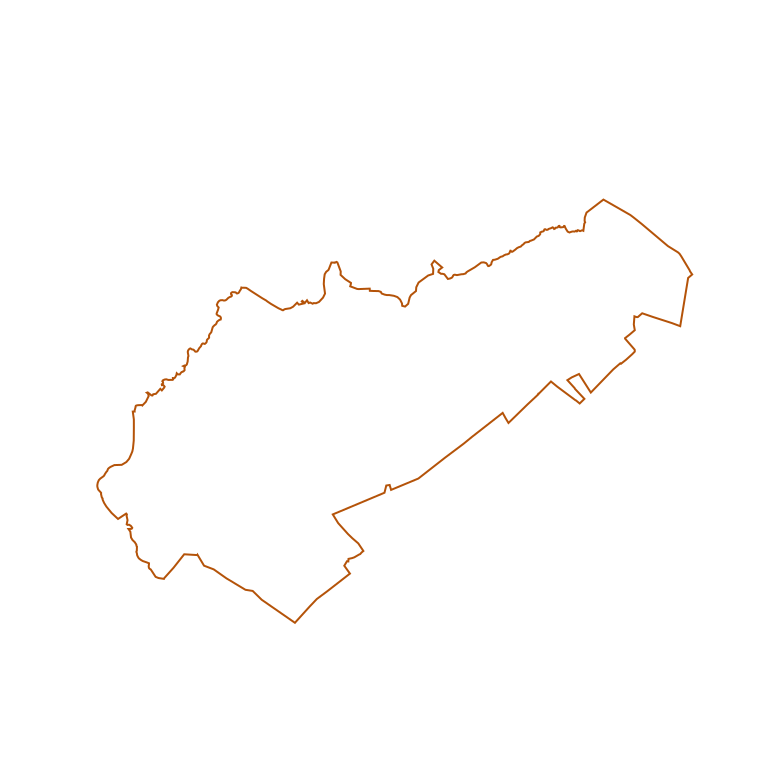 El Salto, Jalisco, Mexico, rotated 133°
{"feature_id": "50627088B25488559154572", "entity_name": "El Salto", "entity_type": "district", "adm_level": 2, "iso_a3": "MEX", "parent_name": "Mexico", "parent_adm1": "Jalisco", "projection": "orthographic", "projection_center": [-103.259, 20.539], "detail": "fine", "context": "isolated", "style": "outline", "palette": "amber", "viewbox_px": 768, "rotation_deg": 133, "n_neighbors": 0, "source": "geoboundaries", "source_scale": "gbopen_adm2", "svg_char_len": 6154}
<svg xmlns="http://www.w3.org/2000/svg" viewBox="0 0 768 768"><g transform="rotate(133 384 384)"><path d="M676.7,412.2L676.6,412.3L661.9,412.6L644.8,414.0L636.4,403.8L636.1,403.9L639.6,391.7L635.7,382.1L633.6,366.7L629.0,345.0L624.9,338.9L625.2,326.3L619.4,286.3L597.4,286.6L587.0,286.5L574.5,284.2L545.9,279.6L544.0,289.1L538.9,290.2L538.1,289.1L536.1,290.7L533.1,288.6L531.0,287.5L525.7,285.9L524.6,285.4L522.6,285.5L520.2,285.2L518.1,294.1L518.4,302.2L518.3,307.9L517.0,322.6L514.3,332.5L463.2,309.5L456.7,313.1L454.0,311.0L456.6,306.6L429.7,294.4L396.2,289.1L373.1,285.0L362.7,283.6L324.2,277.5L326.1,271.7L327.6,266.4L300.9,265.1L286.6,264.1L286.5,264.4L285.7,264.5L285.5,264.2L268.3,263.6L267.8,255.6L265.3,232.9L265.1,232.5L264.8,227.6L258.2,227.3L257.3,241.0L257.0,241.7L256.1,252.5L251.1,251.2L243.7,248.2L249.2,226.9L217.0,226.3L207.7,225.3L207.6,224.5L201.1,223.5L193.0,222.8L189.3,222.7L188.1,223.8L187.9,224.4L186.4,238.6L186.1,239.0L180.5,238.1L173.6,237.3L170.1,241.9L163.7,247.0L163.0,245.3L162.4,244.4L161.8,244.0L156.2,243.4L151.6,233.1L143.1,215.0L139.7,206.8L99.0,233.9L93.7,233.3L92.9,237.0L92.4,238.0L87.9,253.6L87.2,256.6L87.2,258.7L89.5,270.4L91.2,304.7L92.0,315.1L92.4,319.1L99.5,349.3L120.5,352.8L125.3,350.7L127.7,348.7L128.3,347.9L128.5,347.2L130.1,346.9L136.0,342.7L136.3,343.6L136.6,344.0L138.4,344.8L138.7,345.2L138.9,346.4L139.5,347.3L139.9,347.3L140.6,346.9L140.9,347.0L141.1,348.1L142.5,348.5L143.5,349.8L144.4,350.5L146.7,351.7L147.3,353.6L146.4,357.1L145.3,359.6L145.4,359.9L145.6,360.1L146.6,359.8L147.1,360.0L148.9,361.5L149.4,362.4L148.7,363.5L148.8,363.7L149.3,364.0L151.0,363.8L152.0,364.4L152.7,365.1L153.2,365.1L153.6,364.9L154.6,365.3L154.3,367.2L154.5,367.6L156.1,368.1L158.4,369.4L159.2,369.4L160.1,369.9L160.6,370.5L160.7,371.4L161.1,371.9L161.6,372.1L163.3,371.5L164.3,371.9L164.8,372.4L166.6,373.1L167.8,372.0L168.6,371.9L170.2,371.9L171.9,372.8L176.0,372.9L179.2,374.4L179.5,374.7L180.1,374.9L181.4,375.0L183.7,376.9L184.3,377.2L185.3,377.4L186.5,377.3L188.5,377.7L190.2,377.7L192.2,378.8L194.0,379.4L196.1,379.6L199.3,380.2L200.0,380.5L200.3,381.0L200.1,382.3L200.3,382.5L203.0,381.5L203.8,381.7L205.0,382.2L206.2,383.2L208.1,384.0L209.7,384.3L211.4,385.4L212.9,385.8L214.2,386.0L215.2,386.4L217.5,387.7L218.9,388.9L221.6,388.3L223.2,387.3L224.1,387.2L226.2,387.7L226.7,388.2L226.6,389.1L226.1,390.1L225.9,391.8L227.0,394.0L228.8,395.7L236.7,397.2L244.6,399.6L246.2,399.9L247.5,399.7L249.7,401.0L250.9,402.2L254.6,404.9L255.8,406.8L256.8,407.4L257.8,407.3L258.6,407.0L260.0,406.9L261.7,407.6L263.6,408.9L262.6,414.7L263.5,416.4L264.5,417.4L265.0,420.6L263.3,421.6L259.1,420.9L259.5,431.3L264.1,430.8L266.1,426.6L270.0,423.2L274.5,425.7L286.2,427.9L291.2,426.4L294.2,424.0L300.6,424.9L303.3,424.2L308.9,421.0L313.0,421.4L314.4,424.0L312.8,425.8L311.3,429.8L311.3,433.5L312.8,437.0L315.3,440.7L316.9,442.4L318.2,444.5L319.4,447.4L318.8,449.2L319.8,451.4L323.4,455.4L325.5,457.9L324.0,459.5L332.0,467.4L332.8,468.5L335.6,475.3L333.2,476.6L332.6,477.1L333.8,483.9L333.8,490.2L331.2,492.4L326.9,501.0L327.1,502.0L328.2,502.4L328.1,502.5L329.4,503.4L331.0,505.3L337.8,502.6L338.6,502.4L341.4,502.8L344.2,502.2L347.9,499.6L352.0,496.2L358.1,488.8L362.4,487.5L368.3,487.5L371.3,488.8L372.9,490.7L373.9,490.9L374.8,493.6L376.2,494.3L375.3,497.4L378.7,497.2L378.9,500.4L379.7,500.4L379.8,497.6L384.0,500.4L383.8,503.0L389.5,503.2L392.5,504.2L396.6,507.4L397.8,507.9L398.7,508.0L399.3,508.6L399.6,509.9L400.6,512.9L402.5,521.3L403.2,525.6L403.3,527.1L404.3,531.5L406.7,544.7L407.3,548.8L407.7,550.4L409.2,552.2L410.4,553.4L410.7,554.1L412.5,553.2L413.9,553.1L415.1,552.7L416.6,552.5L417.6,552.9L418.2,553.5L418.1,554.6L418.4,555.4L420.1,557.4L420.9,557.8L422.0,557.8L422.7,556.9L422.7,555.9L423.3,555.4L424.2,555.4L425.3,556.0L427.1,556.6L429.7,556.7L430.9,557.0L432.1,557.9L432.9,559.4L434.4,560.8L435.6,561.2L437.5,561.2L440.0,560.3L440.7,558.9L440.8,557.1L442.9,556.0L446.6,554.5L447.2,553.8L447.1,552.0L446.4,550.1L446.5,549.1L447.0,548.2L448.2,547.4L449.4,548.1L451.5,548.5L452.6,548.5L454.1,547.8L455.4,547.7L456.3,548.0L458.3,548.1L459.3,548.0L464.0,545.6L466.5,545.5L467.9,545.0L469.3,543.6L470.2,543.4L471.4,543.6L472.6,543.5L474.2,542.4L475.2,542.2L476.9,542.4L477.8,544.1L478.6,544.4L480.3,544.1L481.0,543.7L482.0,543.6L483.6,543.6L487.2,542.8L487.7,542.9L488.2,543.2L489.0,544.0L488.8,546.3L488.9,546.9L489.7,548.1L490.0,549.8L490.7,550.2L491.8,550.3L493.1,550.1L494.1,549.6L494.8,548.9L496.9,546.1L498.1,545.6L501.5,542.9L504.1,541.6L505.0,541.5L505.9,541.8L506.5,542.5L507.8,543.0L507.3,541.3L508.7,540.6L509.8,539.3L510.9,539.2L511.6,539.3L511.9,539.6L512.4,539.6L513.2,540.1L514.1,540.2L516.3,539.9L517.5,541.3L517.5,542.9L519.2,541.9L521.8,541.2L522.9,541.5L523.6,542.4L524.5,541.3L525.1,541.4L528.1,544.5L529.1,546.5L530.5,547.6L531.9,548.1L532.0,547.9L533.1,548.0L533.2,547.3L533.9,546.2L535.8,546.3L536.3,545.6L535.3,544.7L535.5,542.7L536.5,542.3L540.2,542.1L540.1,544.3L546.7,544.1L548.9,545.8L550.3,545.5L550.9,546.3L551.3,551.1L552.1,551.5L552.0,550.0L553.3,547.9L559.5,546.0L564.5,546.1L564.4,546.6L566.2,548.4L567.3,549.5L568.7,550.5L569.2,550.6L569.8,550.4L570.4,549.9L573.7,548.2L574.2,547.6L575.5,548.9L580.5,542.8L586.7,537.0L596.1,528.4L602.4,523.6L604.9,522.1L607.8,521.0L612.5,519.4L616.8,519.2L622.0,520.7L627.2,525.9L631.2,527.5L633.2,527.9L634.4,527.9L636.4,527.1L637.8,527.1L640.7,526.6L641.4,526.3L642.6,526.2L646.8,527.0L648.8,527.0L651.3,526.1L653.5,524.7L654.6,523.6L655.9,521.5L656.2,520.6L656.5,516.7L656.9,516.3L657.4,516.0L659.3,513.2L659.6,511.9L659.8,511.9L660.7,510.4L661.9,507.5L663.0,503.4L664.1,495.3L664.1,486.5L654.6,484.2L654.7,483.1L656.0,482.3L658.5,478.7L662.1,476.5L662.0,475.5L660.8,474.5L660.4,472.6L660.5,471.7L660.9,470.0L661.7,469.8L662.4,470.1L664.3,472.0L665.0,468.8L668.8,464.3L669.6,461.6L669.7,458.0L670.1,457.0L670.2,456.2L670.4,455.6L671.2,454.7L671.4,453.8L674.6,451.0L675.3,450.9L676.0,450.1L676.2,449.5L677.6,447.7L678.2,446.2L678.7,444.5L678.5,442.0L678.0,439.7L676.3,435.9L675.4,433.6L676.6,432.6L677.7,431.9L678.8,430.5L679.0,429.4L678.7,428.1L680.8,419.5L679.7,416.6L676.7,412.2Z" fill="none" stroke="#b45309" stroke-width="2"/></g></svg>